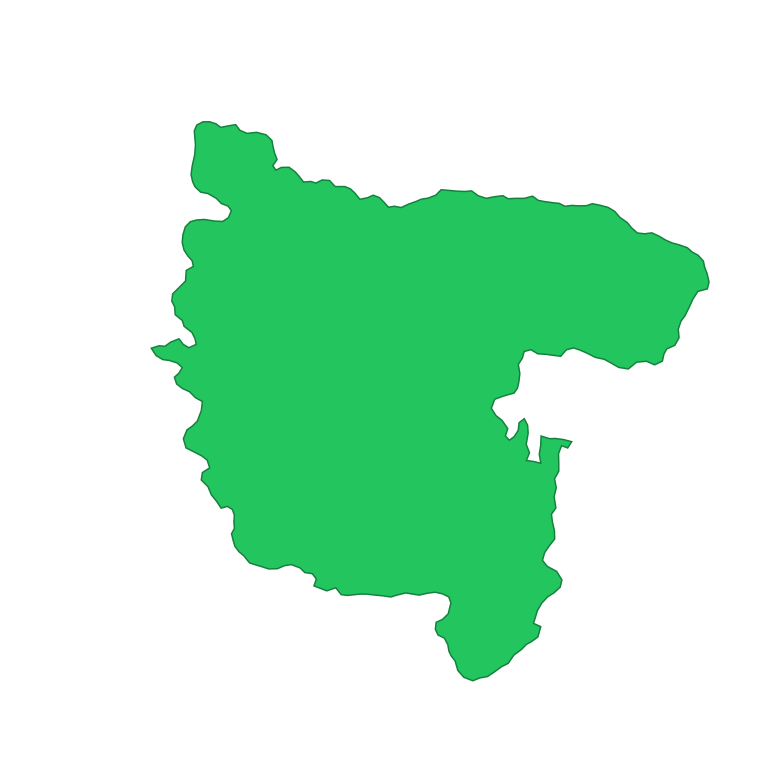 Madre de Deus de Minas, Minas Gerais, Brazil (Mercator projection), rotated 21°
{"feature_id": "56859067B30522908877302", "entity_name": "Madre de Deus de Minas", "entity_type": "district", "adm_level": 2, "iso_a3": "BRA", "parent_name": "Brazil", "parent_adm1": "Minas Gerais", "projection": "mercator", "projection_center": [-44.329, -21.491], "detail": "fine", "context": "isolated", "style": "filled", "palette": "green", "viewbox_px": 768, "rotation_deg": 21, "n_neighbors": 0, "source": "geoboundaries", "source_scale": "gbopen_adm2", "svg_char_len": 3926}
<svg xmlns="http://www.w3.org/2000/svg" viewBox="0 0 768 768"><g transform="rotate(21 384 384)"><path d="M609.0,548.1L608.4,540.7L609.9,531.7L613.2,523.8L617.7,517.8L621.3,510.5L620.3,503.1L612.2,497.0L601.8,495.8L595.1,491.8L594.4,483.8L596.3,475.9L598.9,467.6L595.7,459.9L590.6,452.3L587.0,445.6L588.9,438.1L583.2,428.3L582.0,419.1L577.2,411.4L578.4,402.7L575.7,395.7L571.9,386.5L571.9,377.9L578.4,377.9L579.9,370.6L571.8,371.5L563.6,373.4L558.2,375.7L549.3,376.3L552.3,385.1L554.1,393.9L558.8,401.8L551.7,402.7L544.3,404.4L544.5,396.1L538.4,389.4L536.2,378.2L532.9,371.1L527.4,366.1L524.0,371.7L525.9,379.2L524.4,386.5L521.1,391.6L516.0,389.0L515.5,381.3L507.3,375.7L499.9,373.4L492.9,368.2L492.8,358.6L498.6,353.5L503.8,349.4L508.6,346.0L510.1,340.1L509.2,333.9L507.1,325.6L502.4,317.6L503.9,310.3L503.2,303.4L508.9,299.3L516.8,300.7L524.4,298.3L532.4,296.4L539.0,294.8L542.1,286.6L548.1,282.4L553.8,282.1L562.0,282.4L571.6,283.4L580.9,282.0L588.3,283.0L597.2,284.4L606.7,282.4L612.0,273.1L620.9,268.7L629.8,269.1L635.7,262.9L634.6,255.9L635.4,249.9L641.6,243.7L642.9,235.1L639.1,227.4L638.7,219.0L640.5,212.7L641.4,203.3L642.0,194.0L643.8,185.1L651.8,179.3L650.9,172.3L646.2,165.3L641.4,159.9L638.1,154.8L631.2,151.3L624.2,150.3L618.5,148.1L609.6,148.3L602.4,149.1L595.3,148.7L587.6,147.4L579.9,146.9L573.6,150.3L566.5,152.2L559.4,149.6L553.2,146.1L544.5,143.9L537.4,140.1L529.7,138.8L521.1,139.8L513.9,141.0L509.2,144.9L501.8,148.0L495.2,150.0L489.3,153.2L482.8,152.6L476.8,154.2L468.8,156.1L462.2,157.3L455.4,155.4L448.3,160.5L440.6,163.4L433.4,166.6L427.5,165.6L419.8,169.7L412.9,174.0L404.5,174.5L396.6,172.3L390.7,175.2L383.1,177.8L375.5,179.9L367.7,182.2L364.7,189.1L358.5,194.7L352.6,198.1L348.5,202.1L342.3,207.4L336.8,213.1L329.8,214.4L324.9,217.4L319.3,214.5L312.9,211.6L306.3,211.6L301.9,216.0L295.3,220.2L288.2,216.1L282.8,213.9L276.6,213.7L267.7,217.2L260.2,213.5L253.1,215.7L248.4,220.8L242.9,221.2L236.5,224.3L230.8,220.8L225.2,217.8L217.7,215.7L210.5,218.6L206.5,223.1L202.0,220.1L203.7,212.7L198.9,207.4L195.4,202.3L192.1,196.8L184.5,193.6L174.9,194.7L166.3,199.1L158.5,198.8L152.6,195.0L146.7,198.5L139.6,202.9L133.7,201.3L127.1,201.7L120.9,204.2L116.4,209.4L116.2,215.7L122.3,228.4L125.1,237.7L126.8,249.2L128.9,257.8L133.0,263.9L137.1,267.7L144.0,270.6L151.5,269.3L161.0,270.8L167.5,273.8L174.6,273.8L179.4,276.9L179.1,284.4L175.2,290.0L167.5,292.6L157.2,294.8L150.2,298.1L145.0,301.9L142.2,308.5L142.8,316.8L144.9,324.2L149.4,330.7L155.1,334.8L160.6,337.6L163.9,342.5L158.7,348.8L161.8,359.0L157.7,368.3L154.4,375.6L156.2,382.7L161.0,387.1L164.2,394.1L172.9,397.0L176.7,401.8L186.2,404.7L191.3,409.4L194.5,414.3L188.9,420.0L182.4,419.0L176.4,415.3L169.9,421.2L166.0,427.3L160.4,428.9L153.9,434.0L161.0,439.1L168.7,440.5L175.4,438.9L183.5,438.5L189.8,441.0L188.6,447.5L185.9,452.8L190.4,458.3L197.6,460.5L205.2,460.9L213.0,464.4L220.7,465.4L223.0,474.4L223.0,485.6L220.0,492.2L216.5,497.4L216.3,507.0L222.1,514.6L232.1,515.6L239.3,516.4L246.2,518.4L251.3,524.8L246.2,531.7L247.8,539.1L256.4,542.9L262.5,549.3L269.4,553.3L276.5,558.3L281.6,554.4L287.5,555.5L291.4,560.3L293.2,566.4L296.1,572.5L295.3,578.4L299.1,583.9L303.0,589.0L308.6,592.5L314.8,594.7L322.6,599.2L329.8,598.8L335.9,598.3L342.5,598.0L350.6,594.7L356.2,589.3L362.2,585.8L371.7,585.8L377.6,588.4L385.0,586.8L390.7,590.3L391.0,597.6L397.7,597.6L404.7,597.6L412.0,591.5L419.5,596.0L425.6,594.5L430.7,591.9L436.7,588.8L443.0,586.4L449.2,584.8L459.9,581.9L466.9,580.3L471.5,576.6L479.1,571.3L492.5,568.5L499.6,563.7L506.5,560.0L513.9,558.9L520.8,559.6L524.9,564.4L526.3,575.6L522.9,582.9L518.1,587.8L519.9,594.7L524.4,599.0L531.4,599.6L537.1,604.6L540.3,610.1L544.3,613.9L549.6,617.0L555.5,624.9L563.6,629.2L573.3,629.2L578.8,624.1L585.5,620.0L590.6,612.7L595.1,605.7L600.1,600.2L602.4,590.6L607.5,582.5L610.2,576.2L614.1,571.5L618.3,565.0L617.3,554.4L609.3,553.9L609.0,548.1Z" fill="#22c55e" stroke="#15803d" stroke-width="1.5"/></g></svg>